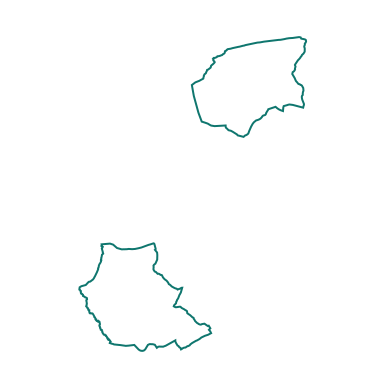 outline of Awutu Senya East, Central, Ghana, rotated 184°
{"feature_id": "2480657B20036139360918", "entity_name": "Awutu Senya East", "entity_type": "district", "adm_level": 2, "iso_a3": "GHA", "parent_name": "Ghana", "parent_adm1": "Central", "projection": "albers", "projection_center": [-0.477, 5.487], "detail": "fine", "context": "isolated", "style": "outline", "palette": "teal", "viewbox_px": 384, "rotation_deg": 184, "n_neighbors": 0, "source": "geoboundaries", "source_scale": "gbopen_adm2", "svg_char_len": 5818}
<svg xmlns="http://www.w3.org/2000/svg" viewBox="0 0 384 384"><g transform="rotate(184 192 192)"><path d="M195.1,95.8L195.8,95.7L197.1,94.8L199.6,93.7L199.9,94.1L200.8,94.5L201.9,94.7L203.4,95.3L205.7,96.4L206.7,97.3L207.6,98.0L208.7,98.5L209.5,100.0L211.2,101.8L213.3,103.1L215.0,104.8L216.2,106.9L216.8,107.1L217.6,107.1L218.6,107.8L219.6,108.2L220.6,108.0L222.3,109.6L223.7,110.1L225.0,111.9L225.1,113.5L225.0,114.4L225.3,115.8L224.8,116.8L223.5,118.0L222.0,122.1L222.2,126.7L222.6,129.2L224.9,131.7L224.3,132.3L224.3,132.8L225.9,137.5L226.2,137.9L226.8,138.1L230.0,136.8L231.7,136.2L238.6,133.1L241.7,132.1L244.9,131.2L247.8,130.8L251.1,130.8L253.0,130.4L258.2,129.9L262.9,130.9L267.0,134.0L270.2,134.8L278.5,133.5L278.3,132.8L278.5,132.4L278.3,132.2L278.5,131.8L277.7,131.4L277.4,131.1L277.2,131.0L277.5,130.3L277.9,129.9L278.0,129.6L277.8,129.3L277.9,129.0L276.7,125.6L276.8,125.4L276.3,124.3L277.4,123.2L277.6,121.3L277.6,120.9L277.9,120.1L277.8,119.3L278.1,118.5L277.7,117.8L278.1,117.4L277.9,116.4L278.5,114.9L279.1,113.9L279.7,112.4L279.8,111.8L279.8,111.2L279.9,110.4L280.4,109.3L280.2,108.9L280.2,108.5L281.3,105.2L283.1,100.7L283.4,100.3L283.7,99.4L284.6,97.9L287.1,95.7L287.6,95.4L288.4,95.3L289.0,94.9L291.5,91.8L295.8,90.3L297.4,89.1L297.6,87.0L297.5,86.7L296.9,86.5L296.6,85.9L296.1,85.7L296.0,85.4L296.1,84.9L295.8,84.5L295.9,83.8L295.6,83.0L295.1,82.7L294.6,82.7L294.3,82.2L293.9,82.1L293.6,81.9L293.5,81.3L293.3,81.1L293.4,80.8L293.4,80.7L292.8,80.6L292.3,80.1L291.5,79.8L291.1,79.4L290.6,79.4L289.4,78.8L289.2,77.5L289.9,76.7L289.8,76.0L289.4,74.8L289.3,74.0L289.1,73.3L289.3,72.7L289.1,72.0L289.4,71.4L289.6,70.6L289.4,70.4L288.0,69.1L288.1,68.8L287.3,68.1L287.3,67.7L287.3,67.3L286.2,66.9L286.2,66.6L286.4,66.4L285.9,64.7L285.4,64.4L285.5,64.0L285.2,63.8L284.4,63.9L283.9,63.8L283.5,64.0L282.8,63.9L282.6,63.6L282.3,63.4L281.3,61.9L280.8,61.0L280.8,60.6L280.6,60.3L280.0,60.1L279.9,59.9L279.7,59.3L279.4,59.0L279.4,58.3L278.9,58.2L279.0,57.8L278.9,57.6L278.6,57.4L278.0,56.7L277.5,56.7L277.2,56.9L277.1,56.5L276.7,56.4L276.7,56.1L276.4,56.0L276.2,56.4L276.0,56.6L275.3,56.2L274.6,53.8L274.7,53.2L275.0,52.9L275.1,52.6L274.9,51.7L274.5,51.3L274.4,50.6L274.2,49.9L273.9,49.8L273.4,48.2L272.4,48.1L272.3,47.4L272.1,47.1L271.8,46.9L271.7,46.2L271.5,45.9L271.6,45.6L270.1,43.6L269.0,43.6L268.8,43.2L267.9,43.0L267.8,42.9L267.9,42.6L267.9,42.3L267.6,42.1L266.9,41.7L266.8,41.3L266.6,41.0L265.6,40.1L266.0,40.0L266.1,39.9L265.3,38.8L265.0,38.6L264.2,38.8L263.5,38.1L262.8,37.1L263.2,36.8L263.2,36.4L263.4,36.1L263.5,35.6L261.1,35.0L260.2,34.9L259.2,34.5L252.8,34.3L247.3,33.9L244.6,34.3L238.9,35.4L234.2,31.1L232.5,30.2L230.7,30.0L229.1,30.4L227.7,31.7L225.3,36.4L223.7,37.3L220.4,37.4L218.4,37.0L216.2,34.1L214.9,35.3L213.2,35.6L212.1,35.5L211.2,35.7L210.2,35.6L207.5,36.8L198.3,42.8L198.2,41.8L197.5,40.4L195.7,37.8L194.7,37.4L193.8,36.2L192.6,35.7L192.0,34.2L191.6,34.4L190.3,35.5L189.0,36.2L187.6,36.4L185.8,37.9L185.1,38.0L183.6,38.9L183.1,39.8L181.4,41.3L177.7,43.8L176.6,44.3L174.2,45.9L172.5,47.5L169.0,49.5L166.0,50.7L163.1,52.5L164.1,54.3L165.5,55.7L164.2,57.3L166.0,59.8L166.9,59.4L170.4,61.5L172.9,60.9L173.7,60.4L174.6,60.3L176.2,60.8L176.7,61.2L177.8,61.7L179.9,63.5L180.8,65.0L181.4,65.6L181.7,66.6L182.9,67.1L185.1,68.9L188.2,70.7L188.7,72.8L189.8,73.5L190.4,73.7L191.5,74.4L194.2,75.6L195.5,76.7L196.4,76.7L199.4,76.0L200.5,75.9L202.2,76.7L201.9,77.8L200.2,79.8L200.0,81.6L199.5,82.4L199.4,83.2L198.4,84.9L197.3,88.5L196.8,89.4L196.1,91.0L195.1,95.8ZM199.6,298.7L196.9,288.0L191.1,271.5L187.2,262.9L183.9,262.1L181.0,261.3L178.7,260.1L177.5,259.6L174.0,259.3L163.1,260.7L162.9,259.1L162.5,258.4L161.3,257.5L159.9,256.2L157.5,255.8L155.7,255.0L152.0,253.0L151.2,252.6L150.4,251.7L144.4,250.6L143.1,252.0L141.6,252.7L140.4,253.7L139.9,254.3L139.2,256.8L137.6,261.3L136.3,264.1L135.6,265.2L134.9,266.1L133.3,267.6L133.0,267.9L131.5,268.4L129.9,269.2L128.8,270.0L127.6,271.4L127.3,272.1L126.6,273.0L125.9,273.4L124.9,273.7L124.2,274.1L123.6,275.3L123.6,275.8L122.9,277.3L121.6,279.7L121.6,279.9L114.6,282.8L112.7,281.4L110.9,280.4L109.4,279.8L106.9,279.1L106.8,282.9L106.5,284.1L103.4,285.2L102.0,285.8L100.8,286.1L97.5,285.9L87.0,283.9L86.8,285.3L86.4,286.8L86.5,287.7L88.5,291.9L89.0,293.7L89.1,295.1L88.9,295.7L88.3,296.5L88.3,296.8L88.4,297.8L88.3,299.5L88.0,300.3L87.9,301.1L88.3,303.5L89.8,305.8L90.1,306.0L90.5,306.3L91.3,306.4L92.0,307.0L92.3,307.1L93.0,307.1L93.6,307.4L94.7,308.7L95.7,309.6L96.2,310.2L97.5,312.8L100.2,316.7L99.9,318.6L99.3,319.0L98.6,319.7L98.1,320.5L97.8,321.4L97.9,321.5L97.9,322.3L97.5,324.4L98.2,325.9L97.9,326.6L95.5,330.8L94.2,332.3L93.3,333.6L93.0,334.3L92.1,335.5L91.9,336.3L91.4,336.8L90.9,337.4L90.6,337.6L89.7,339.2L89.4,339.9L89.5,342.7L89.7,343.6L90.1,344.5L90.2,345.2L89.7,346.7L89.8,347.9L89.6,348.3L89.2,348.7L88.8,349.7L88.7,350.2L89.0,351.5L89.7,352.0L91.1,352.3L93.7,352.6L94.4,353.8L96.0,354.0L102.2,352.7L105.9,352.2L107.6,351.8L108.2,351.7L110.4,351.0L114.3,350.0L116.1,349.8L130.7,347.0L134.6,346.0L137.2,345.6L148.8,342.3L150.5,341.6L151.2,341.5L154.7,340.3L155.6,340.1L161.4,338.4L163.6,337.6L166.3,337.0L166.6,336.8L166.8,336.4L167.3,336.2L167.7,335.4L168.9,334.8L169.0,334.3L169.0,333.4L169.3,332.7L169.9,332.1L170.8,331.6L171.3,330.9L171.7,330.6L172.3,330.5L173.0,330.0L174.2,329.6L175.0,329.3L176.1,329.2L176.3,328.8L176.5,328.5L177.4,327.9L178.8,327.3L179.6,327.3L179.9,327.0L180.3,326.4L179.8,326.1L180.0,325.0L179.5,324.3L178.8,323.8L178.6,323.4L178.4,323.1L178.5,322.8L179.8,321.2L181.5,319.6L181.8,319.1L181.9,318.8L181.9,318.2L182.1,317.4L182.4,317.1L184.5,315.2L185.4,314.9L185.5,314.6L185.6,313.9L186.3,312.2L186.3,311.8L186.6,311.3L187.8,310.2L188.0,309.5L188.3,309.0L188.2,308.4L188.6,306.9L188.6,306.0L188.9,305.7L191.3,304.2L192.3,303.5L196.3,301.6L199.6,298.7Z" fill="none" stroke="#0f766e" stroke-width="2"/></g></svg>